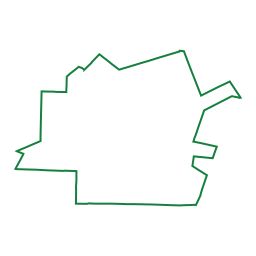 Galicea Mare, Dolj, Romania
{"feature_id": "2599482B6408106224849", "entity_name": "Galicea Mare", "entity_type": "district", "adm_level": 2, "iso_a3": "ROU", "parent_name": "Romania", "parent_adm1": "Dolj", "projection": "robinson", "projection_center": [23.315, 44.096], "detail": "fine", "context": "isolated", "style": "outline", "palette": "green", "viewbox_px": 256, "rotation_deg": 0, "n_neighbors": 0, "source": "geoboundaries", "source_scale": "gbopen_adm2", "svg_char_len": 3937}
<svg xmlns="http://www.w3.org/2000/svg" viewBox="0 0 256 256"><path d="M195.9,205.1L196.0,204.9L199.8,196.9L200.4,195.4L200.6,194.5L201.0,192.9L202.2,189.0L206.3,177.0L206.9,175.2L198.6,170.0L192.4,166.0L193.6,158.0L193.8,156.4L197.2,156.7L210.7,158.0L212.7,158.2L214.7,152.4L216.8,146.7L216.6,146.6L200.9,143.1L193.4,141.6L193.6,141.1L194.5,137.9L195.5,135.6L199.1,124.9L200.3,121.6L203.4,112.6L204.0,110.8L204.1,110.4L230.0,97.1L231.7,96.3L232.1,96.2L232.7,96.3L233.8,96.6L237.2,97.2L238.6,97.6L239.7,97.9L240.6,97.7L235.9,90.7L229.8,81.5L217.4,87.4L213.7,89.3L208.4,91.9L205.4,93.4L201.1,95.6L198.9,90.1L195.6,81.6L191.5,71.2L188.0,62.1L183.9,51.2L179.7,50.7L179.6,50.8L179.5,51.1L179.5,51.3L179.4,51.3L179.3,51.5L179.2,51.5L178.8,51.6L178.0,51.9L176.7,52.3L176.0,52.5L175.4,52.7L174.3,53.0L173.1,53.4L172.0,53.7L170.8,54.1L169.6,54.4L168.4,54.8L167.3,55.1L166.2,55.5L165.1,55.8L163.9,56.2L162.8,56.5L161.8,56.8L160.7,57.1L159.6,57.4L158.6,57.8L157.6,58.1L157.4,58.1L156.7,58.3L156.0,58.5L155.3,58.8L154.6,59.0L153.9,59.2L153.2,59.5L152.4,59.7L151.7,59.9L151.0,60.1L150.3,60.3L149.6,60.6L148.9,60.8L148.2,61.0L147.5,61.2L146.8,61.4L146.1,61.6L145.4,61.8L144.7,62.0L144.0,62.2L143.3,62.4L142.6,62.6L142.0,62.8L141.3,63.0L140.6,63.2L140.0,63.4L139.3,63.6L138.6,63.8L137.9,64.0L137.3,64.2L136.6,64.4L136.0,64.6L135.4,64.8L134.7,65.0L134.0,65.2L133.3,65.4L132.6,65.6L132.0,65.8L131.3,66.0L130.7,66.2L130.0,66.4L129.4,66.6L128.8,66.8L128.1,67.0L127.4,67.2L126.8,67.4L126.1,67.6L125.5,67.8L124.9,67.9L124.2,68.1L123.6,68.3L123.0,68.5L121.7,68.9L121.1,69.1L120.1,69.4L119.9,69.4L119.8,69.5L119.7,69.5L119.4,69.5L119.2,69.6L118.8,69.5L118.4,69.2L118.1,68.9L117.7,68.6L117.3,68.3L117.0,68.0L116.7,67.8L116.3,67.5L115.9,67.2L115.6,67.0L115.3,66.7L114.9,66.5L114.5,66.1L114.0,65.7L113.5,65.4L112.9,64.9L112.3,64.5L111.7,64.0L111.2,63.6L110.6,63.1L110.1,62.7L109.5,62.2L109.0,61.8L108.5,61.4L108.1,61.1L107.5,60.7L107.0,60.2L106.5,59.8L106.0,59.4L105.5,59.0L104.9,58.6L104.4,58.2L103.8,57.8L103.3,57.4L102.8,57.0L102.3,56.6L101.8,56.2L101.3,55.8L100.8,55.4L100.3,55.0L99.8,54.6L99.3,54.3L93.6,60.3L93.1,60.8L91.9,62.1L91.5,62.5L91.4,62.8L91.3,63.1L91.2,63.1L84.3,69.8L84.3,69.7L84.1,69.6L83.9,69.4L83.7,69.2L83.2,68.9L83.0,68.7L82.7,68.5L82.5,68.4L82.3,68.2L82.0,68.1L81.8,68.0L81.5,67.9L81.2,67.7L80.9,67.6L80.7,67.5L80.4,67.4L80.1,67.3L79.8,67.2L79.5,67.1L79.3,67.0L79.0,66.9L78.9,66.9L78.7,66.8L77.8,67.6L74.0,70.6L70.0,73.7L66.8,76.6L66.8,76.8L66.7,80.1L66.6,81.8L66.6,84.2L66.5,86.6L66.4,87.8L66.4,88.8L66.3,90.7L66.3,91.6L66.3,92.1L66.2,92.1L64.9,92.0L63.3,92.0L56.9,91.9L56.1,91.9L54.5,91.7L54.0,91.7L53.5,91.7L53.0,91.6L52.5,91.6L51.9,91.6L51.4,91.6L50.9,91.6L50.4,91.6L49.9,91.6L49.4,91.6L48.9,91.6L48.4,91.6L47.9,91.6L47.4,91.5L46.8,91.5L46.3,91.5L45.8,91.5L45.3,91.5L44.8,91.5L44.3,91.5L43.8,91.4L43.3,91.4L42.7,91.4L42.2,91.4L41.8,91.4L41.6,91.4L40.9,119.6L40.5,138.1L40.6,140.1L40.6,141.0L39.2,141.6L32.9,144.3L28.3,146.3L27.4,146.7L21.2,149.3L16.8,151.2L17.0,151.3L20.0,152.5L23.1,153.7L23.4,153.8L22.7,155.4L22.1,156.5L21.9,156.9L21.5,157.7L21.0,158.5L20.7,159.1L20.4,159.8L20.3,160.0L20.1,160.3L19.9,160.7L19.7,161.0L19.4,161.5L19.1,162.0L19.0,162.3L18.6,163.0L18.2,163.8L17.8,164.5L17.5,165.0L17.1,165.8L16.0,167.8L15.7,168.5L15.4,168.8L15.4,169.0L18.4,169.2L25.9,169.4L28.7,169.5L36.2,169.7L46.9,170.3L55.3,170.6L60.5,170.8L63.1,170.9L63.8,170.9L64.2,170.7L65.1,170.7L76.4,171.1L76.4,171.5L76.4,177.6L76.4,180.2L76.3,182.6L76.1,185.5L76.0,187.3L76.1,188.9L76.1,191.9L76.1,192.4L76.1,193.4L76.0,199.1L75.9,203.7L77.8,203.7L84.8,203.8L87.4,203.8L88.0,203.6L88.3,203.4L88.7,203.4L89.2,203.4L89.8,203.4L90.6,203.5L96.0,203.7L113.2,203.7L116.7,203.8L120.0,203.9L121.0,203.9L123.1,204.0L125.6,204.1L129.6,204.1L137.5,204.2L143.0,204.3L145.4,204.4L148.0,204.4L151.9,204.5L155.5,204.6L166.7,205.0L171.4,205.2L175.7,205.3L179.9,205.4L186.5,205.1L189.3,205.1L194.9,204.8L195.9,205.1Z" fill="none" stroke="#15803d" stroke-width="2"/></svg>